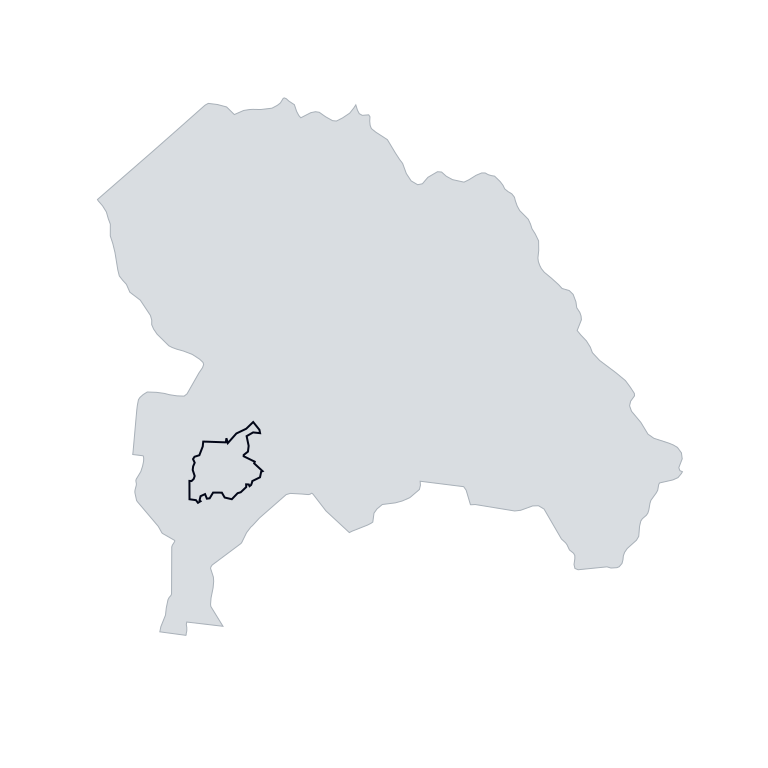 Baliet, Upper Nile, South Sudan (highlighted), rotated 187°
{"feature_id": "79223893B13684678916358", "entity_name": "Baliet", "entity_type": "district", "adm_level": 2, "iso_a3": "SSD", "parent_name": "South Sudan", "parent_adm1": "Upper Nile", "projection": "robinson", "projection_center": [32.373, 9.407], "detail": "fine", "context": "in_parent", "style": "outline", "palette": "ink", "viewbox_px": 768, "rotation_deg": 187, "n_neighbors": 0, "source": "geoboundaries", "source_scale": "gbopen_adm2", "svg_char_len": 4474}
<svg xmlns="http://www.w3.org/2000/svg" viewBox="0 0 768 768"><g transform="rotate(187 384 384)"><path d="M619.5,611.9L596.9,637.5L595.4,639.1L592.6,641.1L583.4,641.1L574.0,639.8L565.4,633.2L556.6,638.4L551.0,640.0L547.6,640.6L539.8,641.4L528.8,644.1L523.8,647.6L521.1,650.3L518.8,655.3L517.7,655.8L515.7,655.2L512.9,653.2L507.0,650.3L504.0,644.0L501.3,640.1L499.0,638.1L489.7,644.4L485.2,645.9L481.4,645.8L474.7,642.2L467.2,639.1L463.3,639.2L457.6,643.0L451.0,648.7L447.6,654.3L446.0,657.6L443.7,652.5L441.5,649.3L438.3,648.0L432.0,649.3L430.5,647.5L430.2,643.1L429.3,639.1L427.7,636.0L422.9,633.0L410.4,626.9L400.8,614.6L396.0,608.9L392.4,605.2L387.5,595.6L381.8,588.9L374.9,585.9L370.3,587.4L365.6,594.5L356.8,601.2L352.7,601.4L347.5,597.8L341.0,595.2L329.2,594.1L324.4,597.2L318.0,602.4L312.7,605.4L309.3,605.8L306.2,604.5L302.7,603.9L299.6,603.8L293.4,599.1L290.1,595.7L288.0,592.4L284.4,590.1L280.3,588.3L277.3,585.3L275.9,581.7L273.5,576.9L270.5,572.7L260.9,565.1L258.1,560.6L256.1,556.2L252.2,551.4L248.0,544.9L246.7,535.4L246.6,527.8L245.7,524.3L243.9,520.7L241.9,517.7L238.5,514.4L230.8,509.5L222.7,503.8L218.9,500.5L211.5,499.3L207.2,496.0L203.5,488.9L202.0,483.2L198.3,478.8L196.7,475.5L195.9,471.8L198.8,460.6L194.6,456.6L188.3,451.4L183.7,445.7L181.0,440.5L172.8,433.6L155.1,423.4L144.8,416.8L139.2,410.9L134.4,405.2L133.9,402.8L137.1,397.0L137.6,392.3L135.0,387.1L124.4,377.2L115.9,366.4L109.5,363.0L94.0,360.0L89.6,358.8L85.0,356.8L80.4,351.9L78.9,346.1L81.2,336.9L79.8,334.1L77.1,333.3L77.9,331.4L80.8,326.9L85.6,324.0L98.4,319.4L99.1,317.7L99.4,311.9L100.5,309.1L104.9,301.1L105.5,297.9L105.8,291.2L106.4,288.0L107.6,285.7L111.2,281.7L112.4,279.3L113.0,274.1L112.6,263.8L114.4,259.7L122.5,250.4L124.7,246.2L125.5,242.5L125.4,238.7L125.9,234.9L128.3,231.3L130.4,230.1L136.3,229.0L140.4,229.7L168.7,223.3L172.0,224.2L173.4,228.0L173.3,234.0L173.7,237.0L175.2,239.1L179.7,241.9L182.8,246.8L184.4,248.5L189.0,251.8L209.9,279.4L215.8,282.0L221.6,281.1L233.0,275.3L238.8,273.9L278.7,275.5L283.2,274.7L283.5,274.8L289.5,288.6L292.4,291.8L336.3,291.9L335.5,288.0L336.0,283.6L343.8,275.1L344.9,274.1L351.7,270.1L358.3,267.4L371.0,264.2L375.7,259.2L378.2,254.6L378.3,245.6L380.0,244.1L383.1,242.0L397.8,234.0L400.3,232.3L426.2,251.0L440.8,265.8L441.7,266.5L442.4,266.8L443.2,266.3L443.9,265.6L445.6,265.0L451.9,264.8L463.7,264.0L467.6,262.3L491.3,235.8L497.3,227.4L498.8,225.7L502.3,219.7L505.9,209.3L506.6,208.2L532.5,183.4L533.5,181.4L533.7,179.9L529.8,171.5L529.0,167.3L528.8,160.8L529.6,150.6L529.3,144.2L528.9,142.5L528.8,142.1L514.3,123.9L550.8,123.7L550.9,121.4L550.8,120.7L550.1,118.5L549.7,115.6L549.7,114.0L549.9,112.5L549.9,111.7L549.8,110.9L549.9,110.6L550.0,110.4L576.3,110.7L575.9,115.9L572.7,128.0L572.8,135.3L572.1,143.6L571.2,146.0L569.8,148.0L569.4,149.0L569.3,149.9L574.8,196.4L574.4,198.3L573.0,201.2L572.6,202.2L572.5,202.9L573.1,203.4L585.2,208.5L585.8,208.8L586.3,209.2L590.7,215.2L614.5,237.2L615.4,238.3L617.8,245.2L618.1,246.3L618.2,247.9L618.1,249.2L617.5,253.4L617.7,255.3L618.2,256.5L618.5,257.9L618.5,258.3L618.3,259.4L614.7,267.4L613.6,273.1L613.2,277.9L613.4,280.6L613.8,282.4L614.2,283.1L614.5,283.4L624.8,283.4L624.8,286.0L626.2,327.9L626.2,332.6L625.8,338.5L624.6,340.9L621.7,344.2L618.0,347.2L608.7,348.0L601.0,347.9L595.5,347.2L588.0,347.0L580.9,347.6L578.3,350.2L569.0,372.5L566.1,378.1L565.4,381.3L566.2,383.3L569.9,386.1L577.9,390.0L587.1,392.3L593.9,393.3L598.6,394.4L602.2,395.7L615.3,405.8L619.4,410.5L621.8,414.6L622.3,419.1L624.2,423.6L636.1,437.5L647.4,444.1L651.8,451.5L656.0,455.1L659.9,459.0L662.1,464.8L667.0,481.6L670.3,490.4L673.7,497.6L675.1,509.3L677.8,514.5L680.5,520.9L685.1,526.6L690.0,531.0L690.9,532.2L641.8,586.8L619.5,611.9Z" fill="#d9dde1" stroke="#a8b0b8" stroke-width="1"/><path d="M533.8,311.0L533.9,306.8L553.5,305.1L556.4,304.8L556.3,299.9L558.6,290.8L563.2,288.7L564.4,286.2L562.3,282.8L563.4,279.0L563.4,275.4L560.7,269.6L561.3,266.6L563.2,264.2L565.3,264.1L563.0,245.9L556.5,245.8L554.2,243.4L551.8,245.3L552.9,246.1L552.4,250.3L548.2,252.9L545.8,248.6L543.1,249.3L540.4,255.4L531.7,256.4L528.3,251.9L521.0,251.1L516.0,257.8L513.0,259.1L508.2,264.9L508.6,267.6L506.0,267.8L505.0,266.2L503.6,267.6L503.0,270.2L502.9,271.6L495.7,276.3L495.2,282.0L493.9,282.7L503.2,289.4L502.8,291.1L514.5,295.2L514.6,296.5L510.8,300.3L510.8,306.1L514.0,315.5L508.0,320.0L501.0,320.1L502.1,323.4L509.2,330.3L515.3,322.8L524.5,316.9L531.8,306.3L533.8,311.0Z" fill="none" stroke="#020617" stroke-width="2"/></g></svg>